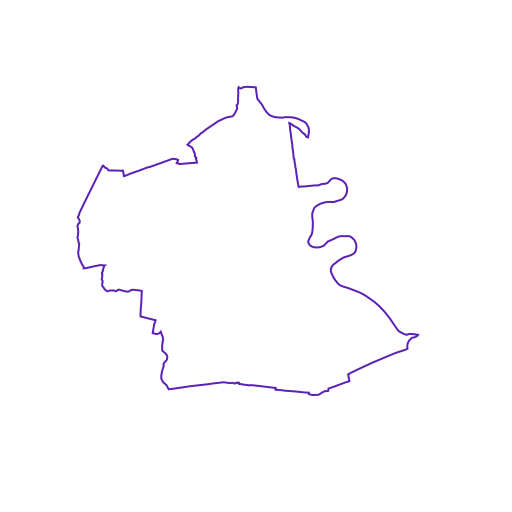 the district of Lalosu, Vâlcea, Romania, rotated 202°
{"feature_id": "2599482B21143876013392", "entity_name": "Lalosu", "entity_type": "district", "adm_level": 2, "iso_a3": "ROU", "parent_name": "Romania", "parent_adm1": "Vâlcea", "projection": "equal_earth", "projection_center": [24.059, 44.531], "detail": "fine", "context": "isolated", "style": "outline", "palette": "violet", "viewbox_px": 512, "rotation_deg": 202, "n_neighbors": 0, "source": "geoboundaries", "source_scale": "gbopen_adm2", "svg_char_len": 6117}
<svg xmlns="http://www.w3.org/2000/svg" viewBox="0 0 512 512"><g transform="rotate(202 256 256)"><path d="M431.8,282.5L432.0,282.1L432.1,280.9L434.9,243.8L435.8,230.2L435.5,227.1L435.8,225.8L435.7,225.1L435.4,224.8L433.8,223.8L432.5,222.3L432.2,221.4L432.1,220.6L432.3,219.9L432.7,219.3L432.9,218.9L432.7,216.5L431.9,215.7L429.8,211.8L429.5,210.3L428.8,208.9L428.7,207.6L428.5,206.6L428.2,205.8L426.6,204.0L426.2,202.8L424.9,201.5L424.3,200.6L423.6,198.0L423.0,196.3L422.1,192.3L420.2,189.1L416.7,185.4L414.8,183.7L411.5,181.1L411.3,180.6L411.2,180.0L409.2,181.0L401.4,186.4L399.7,187.4L398.3,188.5L396.5,189.4L392.7,190.6L393.2,189.7L392.9,188.6L392.8,186.9L392.9,186.0L392.3,184.7L392.3,184.1L392.6,182.9L392.0,181.6L391.6,181.4L390.6,178.6L390.5,177.4L390.2,176.4L388.8,175.3L388.5,174.6L388.3,172.8L387.5,171.0L387.1,170.5L385.9,169.9L383.9,168.5L382.7,168.0L381.2,167.6L380.0,167.9L378.7,169.2L375.1,170.8L373.5,170.7L372.6,170.9L371.8,171.8L371.6,172.6L371.1,173.1L370.2,173.5L364.1,174.2L361.8,174.8L360.4,175.7L359.4,177.1L358.6,178.0L356.3,179.0L351.1,180.4L348.8,180.8L344.7,169.3L343.2,164.3L340.5,156.7L325.0,158.8L324.8,154.6L322.9,145.8L319.4,146.2L317.8,147.1L317.0,147.8L316.4,148.7L315.9,150.1L315.2,149.2L314.2,148.3L313.9,147.7L312.5,146.4L311.7,145.4L311.6,144.8L310.5,143.2L310.7,142.0L310.5,141.4L310.0,140.6L309.9,139.1L309.0,136.8L307.9,133.9L307.4,133.1L303.0,131.6L302.2,131.1L300.9,130.0L300.4,129.1L300.1,128.1L299.9,126.9L299.9,125.8L300.8,123.7L301.3,121.6L301.2,121.1L300.3,119.1L300.2,117.3L300.0,115.4L300.0,114.6L299.8,112.9L299.2,110.7L299.1,109.8L298.3,108.0L298.2,107.4L297.5,106.5L295.5,104.7L294.7,104.2L290.6,102.7L287.0,99.7L285.6,100.6L285.1,100.7L267.9,110.8L253.6,118.5L246.0,122.9L244.1,123.8L240.0,126.2L237.3,127.2L233.2,128.2L231.7,128.8L230.4,129.6L228.7,129.6L228.3,129.8L227.6,130.0L227.4,130.2L227.3,130.6L227.1,131.0L226.7,131.1L226.3,131.4L225.4,131.3L225.2,131.5L225.1,131.9L224.7,132.2L224.3,132.1L224.1,131.9L224.0,131.2L223.7,131.0L221.3,131.8L219.7,131.9L217.0,132.8L213.5,133.6L213.4,133.9L210.1,135.1L188.4,141.0L188.1,140.9L188.3,140.4L187.9,139.3L182.2,141.1L178.5,142.0L169.6,144.9L158.8,148.0L155.8,149.1L155.3,147.8L152.1,148.1L149.5,149.1L149.1,149.5L147.9,149.8L146.1,150.8L145.6,151.2L143.7,154.0L141.5,156.5L140.5,156.9L138.5,158.0L139.1,160.3L134.7,164.1L125.5,172.5L122.5,174.9L126.2,180.8L126.2,181.0L125.6,181.4L124.5,183.0L116.7,191.6L107.2,201.6L98.1,210.7L91.0,217.7L87.5,220.8L85.9,222.0L82.9,224.6L81.6,225.8L80.8,226.8L81.8,228.6L82.5,231.0L82.6,233.2L82.2,235.5L80.6,238.7L78.7,239.9L77.6,240.9L76.3,242.8L76.2,243.6L79.3,242.9L83.4,241.7L85.2,240.8L86.8,239.3L90.5,239.2L94.4,239.6L95.7,240.0L97.7,241.0L108.0,247.9L112.2,250.4L116.2,252.6L123.2,255.8L128.4,257.6L138.4,260.0L141.9,260.6L144.6,260.9L148.1,261.0L159.0,260.8L163.5,260.3L166.5,260.3L168.1,260.6L169.7,261.2L173.0,263.0L176.8,265.7L178.0,267.0L179.4,268.1L180.4,269.3L181.0,270.3L181.5,271.5L181.8,272.8L181.6,275.2L181.3,276.4L180.5,277.9L179.2,280.0L178.9,280.5L178.7,281.2L178.5,281.4L177.5,283.0L174.4,287.2L172.7,288.7L170.5,290.4L168.7,292.0L167.6,293.2L166.4,294.8L165.8,296.2L165.7,296.9L165.4,297.3L165.5,298.4L166.1,301.1L167.0,303.6L167.8,304.8L169.5,306.5L170.7,307.5L171.6,308.0L174.0,309.0L175.8,309.4L177.6,309.1L180.3,307.9L184.1,306.5L186.3,305.3L188.2,303.5L189.9,301.4L193.5,297.6L194.6,296.7L196.9,291.3L197.4,290.6L198.8,289.2L200.8,287.6L203.9,286.3L205.1,285.9L206.1,285.8L207.5,285.7L209.1,285.9L209.8,286.1L210.6,286.6L212.1,287.7L212.7,288.4L213.1,289.1L213.1,290.1L212.9,294.0L212.4,296.9L213.0,300.2L214.2,304.1L215.7,308.0L217.0,310.7L218.6,313.6L219.7,316.3L219.9,318.1L220.0,321.5L219.9,322.1L219.5,323.6L218.8,324.8L217.3,327.0L215.4,329.0L212.7,331.2L210.2,332.8L207.5,333.9L204.1,335.2L198.2,340.0L197.1,341.3L196.4,342.8L195.6,345.4L195.5,347.0L195.7,349.4L196.2,351.4L196.7,352.5L197.5,353.7L198.5,355.0L199.6,356.1L200.9,357.0L202.8,357.8L204.7,358.3L206.9,358.4L209.7,358.3L210.7,358.1L212.7,357.4L213.8,356.8L214.7,355.8L215.6,354.3L216.5,351.4L217.0,350.6L217.7,349.8L218.6,349.2L219.7,348.5L221.4,347.7L223.2,346.3L224.1,345.3L225.2,344.6L228.3,343.3L237.2,338.6L239.6,337.6L242.3,336.0L244.5,339.3L245.3,340.7L246.1,341.9L249.6,347.9L251.7,351.7L253.1,353.6L253.6,354.9L253.9,355.4L254.3,355.8L254.9,356.7L256.5,359.6L256.7,360.3L256.8,360.4L257.5,360.5L261.0,367.2L262.9,370.3L263.6,371.8L263.6,372.1L266.2,376.3L269.5,382.2L272.1,386.7L272.7,388.2L274.2,390.9L274.9,391.4L275.0,391.8L272.0,391.4L270.8,391.1L270.0,390.7L269.4,390.8L266.4,390.5L263.9,390.0L262.2,389.4L259.3,387.8L257.5,387.4L256.4,387.1L253.9,385.4L253.3,385.3L252.2,385.5L252.8,388.1L253.3,390.5L253.8,392.0L254.7,393.7L255.8,395.1L258.4,397.3L259.9,398.1L261.2,398.5L266.2,398.8L268.9,398.9L270.2,398.7L270.9,398.8L274.8,398.0L279.5,396.3L280.8,395.8L282.6,394.5L286.0,393.2L289.8,392.0L290.9,391.8L294.5,391.6L296.5,391.8L299.2,392.9L301.1,394.0L303.8,395.8L306.3,397.9L308.5,399.4L309.8,400.0L311.4,401.2L312.4,401.5L313.4,402.1L314.0,402.8L315.4,405.3L316.6,407.2L319.4,412.3L327.5,409.6L331.1,407.7L331.9,406.5L332.8,405.7L333.8,405.6L335.3,406.0L335.3,405.1L334.9,403.7L333.2,399.9L332.8,398.4L332.3,397.3L331.9,395.9L330.5,392.7L329.9,389.8L329.9,389.5L330.4,388.8L330.4,388.4L329.0,386.3L328.6,385.3L328.7,384.5L328.9,383.5L328.8,382.8L329.0,382.1L329.0,381.3L329.4,378.3L329.9,377.3L330.7,376.2L332.1,375.5L335.7,373.1L341.5,366.9L349.2,355.4L350.3,353.6L351.6,351.0L353.2,348.9L354.0,346.5L355.6,344.2L356.6,341.9L358.3,340.0L359.9,337.0L360.6,334.9L361.2,333.4L356.9,332.9L356.2,332.7L354.9,331.8L353.7,330.6L353.0,329.8L352.6,329.6L352.2,328.9L351.4,328.4L350.7,327.3L350.0,325.5L349.6,325.2L348.3,324.9L348.1,324.6L348.2,323.7L348.1,323.4L347.1,322.6L345.7,320.5L361.6,312.5L362.2,312.7L364.3,312.4L364.0,315.5L364.1,315.8L365.0,315.9L366.1,315.9L369.8,314.9L385.6,300.7L387.9,298.7L390.0,297.3L396.0,291.7L403.1,285.5L406.3,282.3L408.3,280.6L411.8,286.0L411.6,285.0L411.7,284.9L416.1,283.5L424.4,280.2L425.1,280.3L426.4,281.1L427.3,281.4L429.5,281.4L430.9,282.4L431.3,282.5L431.8,282.5Z" fill="none" stroke="#5b21b6" stroke-width="2"/></g></svg>